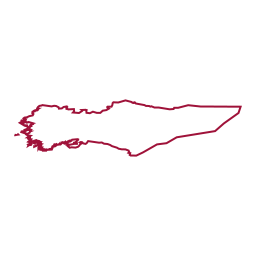 the district of Borgarbyggð, Vesturland, Iceland
{"feature_id": "244011B50787148750106", "entity_name": "Borgarbyggð", "entity_type": "district", "adm_level": 2, "iso_a3": "ISL", "parent_name": "Iceland", "parent_adm1": "Vesturland", "projection": "equal_earth", "projection_center": [-22.083, 64.706], "detail": "fine", "context": "isolated", "style": "outline", "palette": "rose", "viewbox_px": 256, "rotation_deg": 0, "n_neighbors": 0, "source": "geoboundaries", "source_scale": "gbopen_adm2", "svg_char_len": 5668}
<svg xmlns="http://www.w3.org/2000/svg" viewBox="0 0 256 256"><path d="M130.6,155.5L136.3,155.6L143.0,152.4L157.0,144.4L166.5,143.2L176.7,137.3L215.1,131.1L223.9,123.4L238.5,113.0L240.6,106.7L200.4,106.5L188.2,105.2L178.1,107.8L174.2,107.8L173.6,109.0L169.6,109.3L158.5,107.5L154.4,107.5L151.4,106.3L150.3,106.6L149.1,106.0L145.9,105.9L144.5,105.1L135.8,103.5L134.7,102.3L134.2,102.4L134.2,102.9L133.4,103.0L132.3,102.7L131.6,102.0L125.5,100.4L118.2,102.5L113.4,102.3L112.7,103.0L112.3,105.2L111.5,106.7L107.6,106.7L107.2,107.1L107.4,107.6L108.9,108.6L106.3,110.1L102.7,110.7L100.3,112.9L96.9,112.9L92.9,111.7L89.9,113.2L86.5,112.8L86.3,110.9L86.6,110.1L85.6,109.8L81.8,110.0L82.3,110.4L82.2,110.9L79.0,113.0L73.0,112.5L74.1,111.3L73.9,109.1L68.2,109.4L67.4,108.8L66.5,108.9L66.3,107.8L67.2,106.9L66.8,106.4L63.6,107.0L61.8,108.4L58.9,108.6L58.6,107.3L56.1,106.0L54.1,105.8L51.6,106.4L42.3,105.1L41.7,105.5L39.3,105.9L38.8,106.6L38.2,106.8L37.1,108.4L37.2,108.8L38.2,108.8L37.3,109.3L38.0,109.6L37.7,110.1L36.9,110.5L34.7,110.4L33.6,111.0L33.4,111.2L33.8,111.5L32.5,111.8L32.3,113.1L33.2,113.5L32.8,114.3L32.1,114.3L33.1,114.7L32.7,115.4L29.2,116.2L26.9,117.3L24.5,117.6L24.0,118.0L24.9,118.6L24.7,118.8L25.1,119.3L24.2,119.3L24.7,119.8L22.7,120.6L21.7,120.4L20.8,120.9L23.5,120.7L25.1,120.2L24.8,120.6L24.3,120.7L24.7,120.9L23.4,121.7L24.0,122.0L21.8,122.5L23.5,123.2L24.5,122.2L26.6,122.1L26.7,122.6L27.8,122.5L28.6,122.0L33.1,123.3L32.6,123.5L32.9,124.1L30.5,124.8L30.3,125.2L31.2,125.2L31.4,126.1L30.5,126.3L29.8,127.3L28.5,127.2L28.1,126.8L28.6,126.5L27.6,126.8L27.6,128.2L27.3,128.8L24.5,129.9L24.7,130.4L24.1,131.3L24.8,131.6L25.1,131.0L26.0,130.8L26.8,130.0L27.7,129.8L27.4,130.1L27.5,130.1L29.0,129.3L30.6,129.1L29.7,129.6L30.4,129.7L29.8,130.1L31.8,130.3L30.6,130.5L30.8,130.9L29.8,131.2L30.6,131.3L29.9,131.6L29.7,132.6L28.5,133.3L28.8,133.3L27.1,133.9L25.2,133.1L21.9,132.1L22.7,131.3L21.6,131.4L21.3,132.1L26.8,133.9L27.2,134.3L26.6,134.7L28.9,136.0L28.5,136.5L29.4,135.6L30.5,135.8L29.9,136.2L30.2,136.3L29.7,137.3L29.0,137.8L29.4,137.6L29.5,138.1L30.4,137.7L29.6,138.4L30.0,138.2L30.0,138.4L29.7,138.4L28.5,139.3L29.6,138.8L29.1,139.3L29.6,139.0L29.9,139.2L30.3,138.8L31.1,138.7L30.9,138.8L30.6,138.9L30.3,139.3L30.6,139.3L30.1,139.9L29.5,140.0L30.2,139.9L29.3,141.3L29.7,140.9L29.7,141.3L30.1,141.1L29.9,141.4L30.7,141.4L30.6,141.7L31.6,141.5L31.5,141.9L32.3,141.3L32.6,141.6L33.3,141.2L33.4,142.0L35.2,140.4L36.4,140.1L36.9,140.5L36.6,140.6L37.9,140.8L37.3,141.4L38.8,141.1L39.5,141.4L38.5,141.6L37.3,142.6L35.8,142.4L36.0,142.7L35.7,142.8L37.3,142.8L38.6,142.3L39.3,142.6L39.8,141.7L40.6,142.2L40.8,142.7L39.3,142.9L39.4,143.1L40.1,142.9L39.5,143.7L39.7,144.1L40.6,143.7L41.5,144.0L40.9,144.3L41.0,144.6L39.9,144.8L39.6,145.4L40.0,145.6L39.7,145.7L39.9,145.9L39.2,145.8L39.7,146.2L39.3,146.4L39.6,147.0L38.8,146.8L38.4,147.5L38.4,148.7L39.0,147.8L39.0,147.2L39.7,147.6L39.1,148.2L39.8,149.2L40.0,148.8L39.8,148.5L40.3,148.5L39.8,148.0L39.7,147.2L40.1,146.9L39.9,146.5L40.3,146.4L41.0,146.8L40.7,146.9L41.0,147.5L42.3,147.4L42.0,148.4L42.3,148.4L42.3,148.6L41.9,148.9L42.9,149.1L42.9,149.4L43.3,149.2L43.5,149.5L43.1,149.7L43.3,149.9L44.2,149.9L44.7,149.4L44.9,149.7L44.5,150.1L45.6,150.0L46.3,149.4L47.4,149.3L46.0,149.9L46.0,150.3L45.3,150.7L46.2,150.7L46.6,150.0L48.9,149.6L48.8,149.4L49.4,149.0L50.6,148.9L49.8,149.7L51.8,149.6L52.7,147.5L52.1,147.1L52.5,146.4L51.9,146.4L53.4,146.0L54.6,145.2L54.2,145.1L54.5,144.7L54.2,144.7L54.4,144.3L55.4,144.5L56.1,144.2L56.2,144.8L56.8,144.1L56.5,145.3L57.4,144.7L58.5,144.7L58.5,144.3L59.3,144.2L59.6,143.8L59.8,144.4L60.5,144.5L61.3,143.7L61.5,142.6L62.0,142.8L62.5,142.2L63.9,142.6L64.2,142.2L64.9,142.3L65.5,141.6L66.1,142.2L65.3,142.7L65.6,143.0L64.3,143.5L65.0,143.8L66.0,143.2L67.1,143.8L66.3,143.3L66.3,142.4L67.7,142.1L67.5,141.8L68.1,141.2L69.3,140.9L68.8,141.7L70.2,141.5L70.5,141.3L69.7,141.0L69.7,140.6L71.6,140.3L72.1,139.7L77.5,139.2L78.2,139.4L78.2,139.7L76.3,141.6L74.6,142.7L73.0,142.8L76.5,142.8L77.0,143.1L76.9,143.9L74.6,143.8L70.0,144.7L68.8,144.6L67.9,144.0L68.0,144.6L67.2,145.1L68.4,145.6L68.6,146.1L68.1,146.4L69.7,147.7L71.4,147.3L75.5,147.6L78.0,146.8L79.1,145.8L79.9,144.6L81.1,143.7L79.8,142.5L80.9,142.0L82.3,142.3L82.6,142.7L82.3,142.9L83.2,143.4L85.6,143.9L86.7,143.1L88.1,141.1L99.1,142.7L101.8,142.5L104.0,143.7L107.5,144.0L110.2,145.0L111.9,146.1L117.0,147.7L118.6,148.7L121.6,149.3L125.5,149.4L128.6,150.6L129.2,152.0L128.5,152.8L129.9,153.1L129.6,153.5L130.1,154.0L129.7,154.9L130.6,155.5ZM29.8,143.8L28.0,144.6L28.5,145.2L28.3,145.7L29.4,145.0L30.9,145.0L31.3,144.4L30.9,144.1L31.1,143.8L29.8,143.8ZM25.8,125.8L24.3,125.2L20.6,122.8L20.8,122.2L19.8,122.8L24.6,125.7L26.3,126.1L27.1,125.7L27.0,125.3L25.1,125.3L25.5,125.7L26.7,125.5L25.8,125.8ZM42.0,149.2L40.8,148.8L40.9,149.5L40.5,149.4L39.8,149.7L41.9,149.9L43.0,150.6L44.4,150.4L43.0,150.4L41.8,149.7L42.0,149.2ZM31.0,142.1L29.1,141.5L28.3,141.7L28.2,141.8L29.4,142.1L29.7,142.7L30.2,142.8L31.0,142.7L31.8,142.3L31.0,142.4L31.0,142.1ZM38.5,143.9L38.1,144.4L39.3,144.6L39.0,144.6L39.2,145.1L38.9,145.0L38.7,145.2L39.0,145.4L40.0,144.8L39.5,144.6L39.8,144.2L39.0,144.3L39.2,143.9L38.5,143.9ZM35.8,144.9L35.4,145.9L35.8,146.0L36.4,145.7L35.7,145.6L35.8,144.9ZM54.2,146.4L54.5,145.7L54.0,146.2L53.1,146.2L54.2,146.4ZM38.2,144.5L37.0,144.1L37.5,144.5L37.4,145.0L38.2,144.5ZM35.1,146.4L34.2,146.3L34.2,146.8L35.1,146.4ZM34.7,143.5L34.8,142.8L34.0,143.2L34.7,143.5ZM27.8,137.3L28.7,136.5L27.6,137.3L27.8,137.3ZM16.0,135.0L15.5,134.9L15.4,135.2L15.7,135.2L15.6,135.4L16.0,135.0ZM18.3,134.6L18.0,134.3L17.6,134.7L18.3,134.6ZM28.4,139.0L27.8,139.2L27.6,139.4L28.4,139.0Z" fill="none" stroke="#9f1239" stroke-width="2"/></svg>